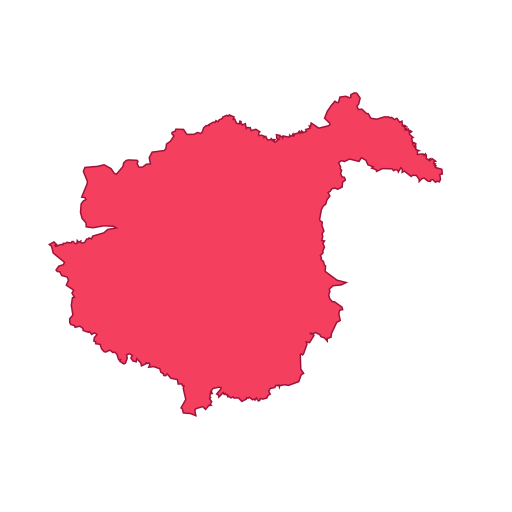 Tsiroanomandidy, Bongolava, Madagascar, rotated 78°
{"feature_id": "10022922B70813515121555", "entity_name": "Tsiroanomandidy", "entity_type": "district", "adm_level": 2, "iso_a3": "MDG", "parent_name": "Madagascar", "parent_adm1": "Bongolava", "projection": "albers", "projection_center": [45.919, -18.728], "detail": "fine", "context": "isolated", "style": "filled", "palette": "rose", "viewbox_px": 512, "rotation_deg": 78, "n_neighbors": 0, "source": "geoboundaries", "source_scale": "gbopen_adm2", "svg_char_len": 6092}
<svg xmlns="http://www.w3.org/2000/svg" viewBox="0 0 512 512"><g transform="rotate(78 256 256)"><path d="M292.9,440.6L295.8,435.8L295.5,434.5L298.6,433.0L297.6,430.3L298.9,428.4L299.9,428.0L302.2,431.1L305.4,432.3L306.8,430.7L308.5,431.0L310.0,426.8L314.7,426.4L318.1,424.4L318.7,422.7L317.7,418.5L320.7,416.0L320.7,414.1L323.1,412.5L328.9,411.9L329.2,410.1L330.6,411.1L334.0,407.9L333.7,406.0L329.2,403.2L325.7,403.1L325.3,399.8L327.7,397.7L329.8,399.6L333.1,398.2L334.6,395.2L331.7,394.0L336.6,390.9L339.7,390.9L338.6,386.1L337.5,385.5L338.7,384.3L338.4,382.9L339.9,382.3L342.5,384.1L342.9,379.1L346.3,373.5L349.8,373.3L351.9,371.2L353.7,371.0L354.3,369.4L353.0,367.3L357.9,364.7L360.5,358.6L365.1,358.7L365.6,355.2L367.6,355.0L367.9,353.5L370.5,354.7L381.7,354.5L389.0,360.9L390.2,359.9L394.4,359.7L396.5,352.8L399.7,348.0L395.1,348.0L393.3,347.4L392.8,346.0L392.2,339.5L395.6,337.2L392.5,333.4L392.7,330.9L391.5,331.6L389.3,329.6L386.0,331.1L384.9,329.8L384.3,330.5L380.1,328.8L381.4,328.5L381.4,327.4L379.5,327.9L377.5,326.9L376.6,325.3L376.7,319.3L377.4,317.6L378.8,318.0L382.8,323.2L384.2,321.6L386.3,321.7L382.8,316.4L384.7,315.9L384.1,314.5L385.6,314.1L385.9,312.6L387.8,312.9L387.7,311.8L389.5,310.1L389.2,307.5L390.4,306.9L391.2,302.6L395.3,300.1L394.0,295.2L392.7,294.7L393.5,293.2L392.8,291.9L395.9,289.3L395.7,287.6L396.7,286.9L394.9,285.2L398.2,283.9L398.1,282.5L396.3,281.3L397.4,279.1L397.2,275.0L394.8,273.2L394.1,270.8L390.9,271.7L388.5,269.6L388.6,265.0L386.6,263.5L387.3,262.3L386.7,260.6L389.1,260.4L387.8,259.7L387.8,255.3L389.3,251.0L387.8,240.3L381.6,236.5L380.7,233.8L375.9,235.7L361.9,233.2L361.1,232.2L362.5,230.9L361.2,229.6L352.9,224.5L350.5,224.7L351.9,221.7L345.9,215.9L344.2,216.2L343.7,218.5L342.5,219.4L343.9,216.8L343.3,213.7L346.1,210.0L348.4,209.3L350.2,206.2L354.0,204.0L351.5,203.5L351.0,199.5L347.5,198.3L337.7,190.8L336.6,187.0L329.5,187.0L326.3,185.3L326.5,182.4L324.0,182.5L317.1,188.7L316.5,190.9L312.9,192.8L309.0,192.9L306.5,191.3L303.4,191.0L301.1,186.8L302.0,178.7L300.7,173.3L296.5,181.8L285.4,191.6L280.3,190.0L278.9,191.1L275.5,191.1L272.9,193.1L271.1,192.3L269.1,193.1L266.9,189.8L264.5,189.4L261.6,187.2L257.6,187.9L255.5,185.9L254.6,188.5L251.0,186.7L247.9,186.6L245.6,184.4L239.7,185.2L236.7,184.1L234.7,186.1L233.2,186.1L224.3,182.4L221.1,179.9L219.9,177.1L215.6,174.8L212.8,171.3L208.8,172.3L208.3,170.2L206.0,167.8L206.0,164.5L207.7,162.3L206.5,157.4L201.9,156.0L200.3,152.8L197.4,153.2L196.5,155.4L192.9,156.1L189.9,154.4L188.1,155.5L186.5,154.7L182.0,155.8L180.4,152.7L182.0,149.8L180.6,144.3L184.9,135.6L181.8,132.5L185.2,128.6L190.0,127.6L193.1,122.8L194.1,124.6L196.5,120.6L198.3,120.5L196.8,114.1L199.0,104.9L201.2,103.6L200.5,101.5L201.7,99.5L203.4,99.3L199.3,95.5L200.5,95.9L201.6,94.8L204.6,95.6L203.8,93.2L210.5,87.7L209.6,86.1L210.5,82.4L214.8,80.5L217.1,80.9L214.9,77.8L214.8,75.3L218.4,72.4L219.3,69.9L218.1,69.2L218.0,67.1L221.2,65.1L220.5,63.3L221.6,61.2L219.3,59.6L214.5,59.3L214.5,56.7L209.8,56.2L206.7,62.2L205.2,61.2L204.4,62.7L203.2,61.4L202.3,63.0L200.7,62.0L200.6,60.6L197.6,63.3L199.1,67.4L197.2,65.6L197.5,67.4L196.1,69.2L192.8,68.4L191.2,69.1L192.7,70.7L190.9,71.4L190.2,77.0L187.0,76.3L186.9,74.7L184.8,77.7L182.7,77.0L182.4,78.5L181.3,78.6L181.5,77.1L179.4,76.3L177.8,78.1L179.0,79.4L172.9,79.2L172.7,77.7L168.9,80.6L167.7,80.3L166.7,77.9L165.5,79.0L166.0,80.3L162.9,80.5L164.6,81.1L164.0,82.8L162.4,82.1L163.5,83.8L160.8,83.6L160.4,82.3L159.6,82.9L160.2,84.6L159.0,85.4L159.2,83.3L158.4,85.7L154.4,85.2L155.1,87.7L150.6,89.5L151.3,92.2L148.6,94.5L148.7,96.3L147.6,97.1L146.6,101.7L147.3,109.3L145.1,115.1L140.1,116.6L139.6,118.3L134.4,121.9L134.0,125.3L130.7,126.2L128.7,124.0L123.2,121.3L117.7,123.6L116.9,126.0L117.9,129.7L120.5,130.3L120.7,131.4L118.4,135.1L118.0,140.9L122.9,143.4L122.8,144.9L121.0,146.6L124.2,150.8L129.3,156.2L135.5,160.3L141.3,156.4L142.8,156.2L143.7,158.2L144.0,168.0L137.4,174.4L140.6,175.7L139.9,176.8L142.4,176.8L142.6,181.1L144.6,180.6L145.1,184.0L144.1,184.5L144.9,185.3L143.2,185.5L145.0,187.4L143.0,187.8L144.6,189.5L144.6,192.7L146.6,194.4L146.1,195.2L145.7,194.2L144.3,194.4L145.8,195.6L146.0,197.6L144.9,197.9L146.7,199.0L144.4,204.1L145.8,205.1L144.3,205.0L144.7,208.0L143.1,207.4L141.6,210.8L145.5,211.2L146.6,209.4L148.7,213.8L147.3,214.7L146.2,213.3L145.6,215.1L146.4,215.9L144.3,216.7L145.4,218.2L144.7,220.7L141.0,221.6L141.6,223.5L140.6,223.1L139.0,225.4L138.9,228.1L136.7,228.0L135.3,226.4L132.0,229.8L132.4,234.7L129.3,234.9L128.5,238.1L129.2,239.0L124.3,238.9L125.0,242.1L123.4,242.6L123.4,243.9L121.4,242.6L120.7,243.7L123.2,244.8L122.1,247.5L117.6,248.4L117.6,249.8L115.4,248.6L112.4,252.8L113.4,254.0L112.3,255.3L113.2,259.7L114.5,260.3L115.2,263.7L116.8,265.2L115.2,267.0L116.8,268.2L116.2,269.9L117.7,274.9L118.5,274.7L118.2,277.9L119.8,280.6L123.9,283.1L124.6,284.8L123.0,287.6L124.1,291.3L122.7,298.3L117.1,300.6L115.3,308.0L117.1,309.3L117.7,312.5L119.1,312.8L121.5,311.3L126.0,315.9L127.9,320.3L132.1,321.8L133.8,323.7L132.8,336.0L137.6,340.0L144.0,340.1L143.4,344.1L145.5,348.5L144.8,352.1L140.9,353.1L138.9,351.8L137.7,352.4L135.5,360.8L135.6,363.2L137.4,366.1L140.8,367.5L147.1,375.7L145.4,377.6L140.4,379.6L135.2,385.6L135.4,392.3L133.8,404.9L137.4,407.3L147.8,405.4L150.1,406.1L162.2,414.3L163.4,411.0L165.5,410.6L166.2,413.4L168.7,416.2L176.8,418.6L183.1,418.3L188.2,415.4L192.2,416.0L194.5,409.5L194.8,398.7L197.2,389.4L199.5,386.8L199.2,395.6L201.7,399.9L202.6,411.6L205.0,413.3L203.6,415.6L204.7,416.6L204.1,417.9L207.1,420.9L207.3,423.2L206.3,424.7L204.9,424.3L205.8,426.5L203.7,427.6L206.5,428.6L206.2,430.6L203.9,431.7L203.6,433.0L204.8,434.2L203.3,438.2L204.1,439.5L203.5,441.9L204.8,442.4L204.2,444.5L205.0,450.0L203.7,450.4L203.3,448.7L200.2,450.7L201.8,455.8L203.9,454.0L211.0,453.7L222.4,444.6L224.4,446.2L224.9,451.0L228.1,454.5L229.9,453.6L230.6,451.2L234.7,450.1L237.3,445.1L240.6,444.4L245.1,447.6L251.6,441.4L253.9,443.7L258.7,442.2L258.6,444.2L265.8,446.9L275.7,447.4L278.6,451.3L282.6,452.0L284.4,451.5L286.4,448.0L288.1,447.8L288.1,442.8L290.9,440.3L292.9,440.6Z" fill="#f43f5e" stroke="#9f1239" stroke-width="1.5"/></g></svg>